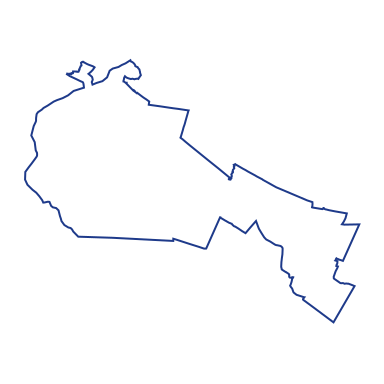 outline of Ramnicu Sarat, Buzau, Romania, rotated 89°
{"feature_id": "2599482B97788702400166", "entity_name": "Ramnicu Sarat", "entity_type": "district", "adm_level": 2, "iso_a3": "ROU", "parent_name": "Romania", "parent_adm1": "Buzau", "projection": "orthographic", "projection_center": [27.083, 45.416], "detail": "fine", "context": "isolated", "style": "outline", "palette": "blue", "viewbox_px": 384, "rotation_deg": 89, "n_neighbors": 0, "source": "geoboundaries", "source_scale": "gbopen_adm2", "svg_char_len": 5682}
<svg xmlns="http://www.w3.org/2000/svg" viewBox="0 0 384 384"><g transform="rotate(89 192 192)"><path d="M200.0,340.9L199.9,339.6L199.2,336.2L199.4,334.7L203.4,333.1L204.9,331.4L205.7,328.1L208.0,325.8L213.9,324.4L216.3,323.6L218.8,323.0L222.8,320.2L225.3,316.3L225.9,314.0L227.3,312.6L229.5,311.4L234.7,306.5L236.4,272.1L240.6,211.6L238.4,211.5L239.4,208.4L244.0,195.0L247.0,186.0L248.5,181.8L248.8,180.9L248.8,180.5L248.8,179.4L248.8,178.8L248.6,178.7L217.0,164.0L217.9,164.1L218.3,163.8L221.4,158.9L221.6,158.4L222.1,157.7L223.6,155.1L223.9,154.1L224.3,153.4L224.4,153.2L224.5,153.0L224.5,152.8L224.7,152.7L225.1,152.4L225.8,151.8L226.0,151.5L226.6,151.0L227.0,150.4L227.1,150.2L227.2,149.9L227.2,149.7L227.6,149.0L229.4,146.2L230.9,144.1L231.8,142.8L232.1,142.5L232.4,141.9L234.1,139.2L228.6,134.4L222.1,128.5L222.7,128.3L228.7,126.2L230.0,125.7L234.0,123.4L238.6,120.6L240.7,118.7L240.9,118.4L241.7,116.9L243.0,114.5L244.9,111.7L246.2,109.7L246.4,109.2L246.6,108.6L246.7,107.8L247.3,105.3L247.4,104.8L247.6,104.4L247.9,103.8L248.2,103.5L248.6,103.1L249.0,102.8L249.5,102.5L249.8,102.4L251.0,102.4L255.9,102.7L259.7,103.3L262.8,103.7L263.4,103.8L267.8,104.1L268.3,104.1L269.1,104.0L270.1,103.7L270.4,103.7L271.0,103.6L271.4,103.1L273.8,99.5L273.8,99.2L274.8,97.9L275.5,96.7L275.9,96.6L276.3,96.5L276.4,96.3L276.6,96.3L276.7,96.2L277.2,96.2L277.6,96.3L277.9,96.3L278.4,96.3L278.8,96.1L279.2,95.8L279.3,95.4L279.4,94.7L279.3,94.3L279.0,93.4L278.9,92.7L279.0,92.3L279.3,92.4L279.8,92.8L280.3,93.2L280.9,93.5L281.4,93.5L283.8,94.1L285.8,94.8L286.8,95.2L287.3,95.5L287.6,95.4L288.4,95.0L289.7,94.0L290.3,93.6L290.7,93.4L293.8,92.4L294.3,92.1L296.5,89.4L296.8,88.8L297.1,87.8L298.8,82.9L299.1,82.1L299.2,81.5L300.7,82.7L301.1,82.9L301.3,82.9L301.6,82.8L301.9,82.5L303.7,80.1L304.8,78.7L305.7,77.5L324.8,52.8L288.9,31.1L287.7,33.9L286.4,37.2L286.4,38.0L286.2,39.0L286.2,39.7L286.4,41.0L286.2,41.5L285.8,42.3L285.7,42.8L285.8,44.6L285.6,45.3L281.5,51.0L280.9,51.7L279.2,51.8L273.8,49.8L270.7,48.1L269.0,47.4L268.5,49.0L267.0,48.6L266.5,48.2L266.0,48.0L265.1,47.9L263.7,47.8L263.0,49.8L262.9,49.7L262.2,49.5L261.3,49.1L260.9,48.8L261.0,48.7L261.6,47.2L262.0,46.3L262.3,45.7L262.7,44.4L263.5,42.3L227.3,25.3L227.3,27.5L227.3,33.6L227.3,35.1L227.3,37.3L227.3,40.1L226.9,42.6L224.2,40.7L220.9,39.0L216.1,37.6L213.9,49.1L212.6,55.2L211.7,58.5L211.7,58.8L211.4,59.5L211.1,59.9L210.8,60.2L210.4,60.4L210.3,60.7L210.3,60.9L210.5,61.0L210.8,61.0L211.1,61.2L211.3,61.5L211.4,62.0L209.7,71.3L209.4,72.3L209.2,72.3L208.6,72.0L208.1,71.9L206.9,71.8L206.0,71.7L204.2,71.8L202.4,77.0L197.0,89.1L190.2,104.4L188.8,107.6L181.1,120.9L180.6,121.4L177.5,127.1L176.6,128.5L172.4,135.9L171.0,138.1L169.7,140.5L166.6,145.6L165.1,148.1L164.9,148.3L165.1,148.6L165.5,149.6L165.6,149.8L165.8,149.7L166.2,149.3L166.5,149.1L167.2,149.2L167.4,149.4L167.4,149.7L167.6,149.8L168.0,149.7L168.4,149.5L168.9,149.3L169.2,149.4L169.5,149.8L170.0,150.2L170.3,150.4L170.6,150.7L170.8,150.7L171.4,150.8L172.1,151.1L172.5,151.2L172.8,150.8L172.8,150.7L173.0,150.7L173.5,151.1L174.1,151.7L174.8,152.2L175.2,152.4L175.6,152.2L175.9,152.0L176.2,152.0L176.6,152.0L177.0,152.0L177.3,152.0L177.5,152.1L177.8,152.3L177.9,152.5L178.0,152.8L178.4,152.7L178.7,152.4L179.0,152.4L179.1,152.6L179.4,152.8L180.3,153.3L180.3,153.7L180.1,154.4L180.0,154.7L180.0,154.9L179.9,155.0L179.7,155.0L179.4,154.8L178.6,153.8L168.8,165.3L161.0,174.7L145.4,193.3L141.8,197.5L139.2,200.4L137.5,202.6L137.4,202.6L136.9,202.3L136.6,202.2L130.0,200.1L128.2,199.6L126.3,199.0L125.4,198.6L123.3,197.9L120.8,197.2L114.9,195.4L111.6,194.4L110.8,194.2L110.4,194.0L108.7,204.1L107.9,209.6L107.6,211.3L107.4,212.7L105.9,221.6L104.3,231.9L104.0,233.7L102.6,233.5L100.8,233.2L98.6,236.1L97.8,237.3L96.4,239.3L94.6,241.6L91.9,245.0L92.3,245.4L90.3,247.9L90.0,247.6L89.1,248.5L89.5,249.0L82.3,255.8L81.8,255.4L81.6,255.4L81.6,255.9L81.6,256.5L81.4,256.8L80.4,258.0L80.3,258.6L79.7,258.6L78.1,258.1L76.8,257.9L75.8,257.4L75.1,257.0L76.4,255.6L77.2,253.7L78.0,251.2L77.7,249.5L78.3,247.5L78.0,246.8L77.7,244.6L77.8,244.5L77.9,244.2L77.9,243.9L78.0,243.7L76.2,242.5L75.8,242.2L74.3,241.1L72.4,241.7L71.4,241.9L71.0,241.9L69.4,242.3L68.8,242.4L68.5,242.5L68.3,242.7L67.9,243.1L67.1,243.7L66.7,244.0L66.3,244.1L66.1,244.4L66.0,244.6L66.0,244.8L65.8,245.3L65.4,246.0L65.2,246.4L65.1,246.5L64.6,246.5L63.3,247.1L63.1,247.3L62.3,248.0L61.9,248.3L61.0,249.5L60.9,249.8L60.7,250.1L60.5,250.7L60.1,251.0L59.2,251.3L62.2,256.2L63.8,260.0L65.7,263.3L67.2,269.1L69.3,272.2L75.9,274.9L79.6,279.6L81.3,285.5L82.9,289.6L80.3,290.3L78.8,289.6L77.9,289.3L76.4,289.6L75.7,289.8L75.0,290.1L72.1,293.4L71.9,293.1L70.7,291.8L70.2,291.1L68.5,289.4L68.2,289.1L65.6,287.2L65.5,287.3L64.8,288.5L64.6,288.9L64.2,289.8L63.1,292.7L62.3,294.5L61.2,296.5L60.4,297.8L60.0,298.4L60.2,298.6L59.9,299.0L60.1,299.7L60.7,300.5L60.9,300.7L62.0,300.5L63.6,300.3L64.3,301.2L65.8,301.8L66.9,302.4L67.6,302.7L67.8,302.4L69.8,303.4L69.8,304.5L69.6,304.5L69.4,308.7L69.4,308.8L70.9,308.9L70.9,309.7L71.4,309.7L71.4,310.9L72.0,310.9L71.7,312.1L71.6,312.6L72.7,312.8L71.9,314.1L71.5,314.7L72.1,315.0L73.5,312.8L73.9,312.4L74.0,312.1L74.7,310.7L77.3,305.4L79.3,301.5L79.8,300.3L80.2,299.5L80.5,299.1L81.0,298.9L81.6,298.7L82.4,298.6L82.8,298.5L84.9,298.3L85.8,298.2L88.9,308.6L93.2,314.2L95.9,319.7L97.8,325.4L99.2,328.7L103.1,334.8L105.4,339.0L107.0,340.7L109.6,344.7L111.5,346.0L115.3,346.6L118.2,346.7L119.3,347.1L123.3,349.1L128.7,350.6L132.7,351.7L139.4,348.4L147.7,347.5L150.1,346.3L151.5,346.2L153.0,346.3L153.9,346.7L156.5,348.6L160.8,351.9L164.5,354.9L169.0,358.3L176.7,358.7L181.9,356.4L187.0,351.4L190.0,347.7L193.5,344.8L197.6,341.9L200.0,340.9Z" fill="none" stroke="#1e3a8a" stroke-width="2"/></g></svg>